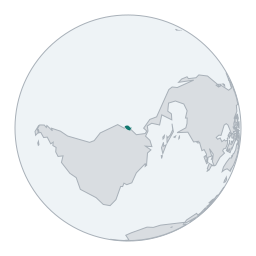 the Earth from above Manabi, rotated 96°
{"feature_id": "ECU-1282", "entity_name": "Manabi", "entity_type": "Province", "adm_level": 1, "iso_a3": "ECU", "parent_name": "Ecuador", "parent_adm1": "", "projection": "orthographic", "projection_center": [-80.093, -0.733], "detail": "fine", "context": "on_globe", "style": "filled", "palette": "teal", "viewbox_px": 256, "rotation_deg": 96, "n_neighbors": 0, "source": "natural_earth", "source_scale": "10m", "svg_char_len": 7327}
<svg xmlns="http://www.w3.org/2000/svg" viewBox="0 0 256 256"><g transform="rotate(96 128 128)"><circle cx="128" cy="128" r="113" fill="#eef3f6" stroke="#a8b0b8"/><path d="M131.7,110.3L129.0,109.1L126.5,112.4L117.2,107.2L113.9,100.7L85.5,91.4L82.6,88.4L82.6,83.2L73.5,67.6L77.3,82.5L73.7,79.8L70.9,74.6L72.6,73.1L70.9,65.6L67.8,63.1L68.0,54.3L75.3,43.4L76.2,44.8L77.8,42.3L76.8,40.6L75.7,40.1L79.9,31.9L77.5,29.3L73.2,31.1L77.0,29.0L66.3,34.5L62.7,36.3L69.0,32.8L71.4,31.4L70.0,31.7L72.2,30.4L72.7,29.9L75.4,28.4L78.9,26.9L80.7,26.0L79.6,26.3L81.6,25.4L82.9,24.9L86.5,23.3L93.0,21.2L94.2,22.6L100.0,21.5L107.1,23.5L108.7,22.6L112.4,23.3L115.6,22.6L116.0,23.6L118.2,22.3L117.2,21.6L117.8,20.9L119.6,20.6L120.4,21.6L119.7,21.9L120.8,22.0L120.5,22.7L121.7,22.2L122.5,23.6L124.3,21.7L127.2,22.6L127.0,23.7L123.6,24.1L114.6,28.9L113.4,30.8L115.1,32.7L125.6,34.7L125.6,36.9L128.2,39.3L129.8,37.7L128.3,35.3L131.8,33.2L129.6,30.9L130.7,29.9L129.8,27.6L133.7,27.5L137.9,28.7L138.9,30.8L140.8,31.5L142.9,29.4L147.6,33.5L155.8,36.9L156.6,38.3L152.7,40.5L145.1,40.5L140.0,44.9L147.1,41.8L149.0,45.7L150.9,46.4L153.0,46.2L153.7,44.7L155.2,46.1L148.8,49.4L147.4,48.1L149.4,47.0L145.8,47.2L141.5,50.0L142.8,52.1L134.9,55.3L135.7,56.9L134.5,58.7L133.7,55.8L135.0,61.3L125.9,68.0L127.5,78.7L121.8,70.5L117.3,69.8L111.9,70.2L112.1,71.9L104.7,71.0L98.3,75.0L96.2,83.7L99.0,90.3L107.1,90.2L109.4,86.3L115.3,85.3L111.4,95.8L121.7,96.9L120.8,104.9L123.9,109.0L129.0,107.8L134.3,109.7L138.0,104.9L144.0,102.3L144.2,108.8L147.4,102.9L150.8,106.0L162.6,105.7L161.7,107.2L171.7,115.0L182.1,118.5L184.5,123.3L183.3,126.3L186.8,127.2L186.9,129.2L200.5,132.5L207.1,137.7L206.6,144.6L200.6,152.4L194.0,169.0L182.8,174.3L179.2,181.0L169.2,190.6L162.5,189.7L163.6,194.6L159.3,197.4L154.8,197.5L153.3,200.9L149.9,200.9L151.8,203.2L145.5,207.4L146.3,210.9L141.5,214.3L142.2,216.3L140.7,216.2L138.9,217.0L138.5,218.1L134.2,216.2L133.8,211.6L136.0,209.3L134.0,208.9L138.7,202.9L136.2,204.1L138.2,194.9L142.3,187.2L146.3,164.7L144.1,160.3L135.8,155.1L125.7,138.6L128.6,131.8L126.3,128.6L133.8,119.0L131.7,110.3ZM24.8,91.1L25.6,88.7L25.6,90.0L24.8,91.1ZM25.7,87.3L25.5,88.1L25.6,87.5L25.7,87.3ZM25.6,86.9L25.7,87.2L25.6,86.9ZM25.3,86.8L25.5,86.8L25.3,86.8ZM127.0,82.5L138.9,87.6L132.3,88.4L133.5,87.4L130.5,85.2L124.9,83.3L119.1,84.7L127.0,82.5ZM25.3,85.8L25.3,85.5L25.5,85.2L25.3,85.8ZM132.0,76.3L130.0,75.9L131.9,75.9L132.0,76.3ZM74.8,40.1L76.5,40.7L76.7,42.9L75.1,42.6L74.8,40.1ZM74.8,36.5L76.2,36.2L74.3,38.5L74.1,37.9L74.8,36.5ZM69.6,32.8L70.6,32.7L68.9,33.3L69.6,32.8ZM72.3,30.1L71.4,30.7L72.1,30.2L72.3,30.1ZM127.8,27.9L128.8,27.7L128.4,28.2L127.8,27.9ZM126.4,27.1L125.3,27.7L124.5,27.5L125.2,27.1L126.4,27.1ZM128.0,26.4L123.2,26.9L121.8,26.5L123.3,24.7L128.0,26.4ZM116.1,21.6L117.2,22.3L114.6,22.1L116.1,21.6ZM114.3,21.7L105.4,22.7L104.6,21.8L107.8,21.5L105.4,20.8L109.4,19.8L111.6,19.9L111.3,20.7L113.0,19.8L114.3,21.7ZM117.9,20.7L116.1,20.8L115.3,20.0L118.6,19.5L117.8,19.9L117.9,20.7ZM102.9,21.2L102.9,20.6L106.1,19.6L106.5,19.3L109.4,19.7L102.9,21.2ZM118.9,19.9L120.3,19.3L122.3,19.4L119.5,20.4L118.9,19.9ZM113.7,20.0L113.5,19.7L114.7,19.7L113.7,20.0ZM130.2,20.0L128.2,20.0L127.6,19.5L130.2,20.0ZM120.7,19.0L120.0,19.0L119.6,18.9L120.9,18.5L120.7,19.0ZM111.5,19.0L112.8,18.8L110.5,18.8L112.8,18.2L114.3,18.7L114.6,18.2L115.3,18.1L115.8,18.6L111.5,19.0ZM120.8,17.9L123.6,18.5L127.5,18.5L128.1,18.9L121.7,18.9L120.8,17.9ZM117.8,18.2L119.8,18.1L119.6,18.5L118.1,18.9L117.8,18.2ZM113.8,17.7L109.9,18.5L109.6,18.4L113.8,17.7ZM122.0,17.7L121.3,17.6L122.3,17.7L122.0,17.7ZM116.4,17.6L115.0,17.8L114.8,17.7L116.4,17.6ZM121.1,17.2L122.0,17.4L121.0,17.6L121.1,17.2ZM119.0,17.3L119.0,17.1L120.1,17.6L118.4,17.4L119.0,17.3ZM116.4,17.4L115.9,17.4L117.0,17.3L116.4,17.4ZM124.3,16.5L125.9,17.0L123.7,17.5L122.5,16.8L124.3,16.5ZM141.2,220.1L134.4,216.9L138.3,218.4L141.6,216.7L144.9,219.1L141.2,220.1ZM150.5,215.7L154.0,214.8L154.6,215.4L152.4,216.2L150.5,215.7ZM208.8,49.5L208.5,49.2L209.7,51.0L216.4,60.5L216.0,61.6L213.3,60.1L205.7,50.8L207.4,49.5L204.8,46.8L200.0,43.2L200.9,43.3L199.2,41.8L199.4,41.4L195.4,37.9L194.9,37.4L189.1,33.4L196.0,38.2L202.6,43.6L208.8,49.5ZM185.7,31.3L186.5,31.8L180.7,28.5L176.6,26.4L185.7,31.3ZM240.5,134.0L240.6,130.2L240.5,122.0L240.2,118.6L240.1,119.5L239.4,115.6L239.1,115.5L234.9,119.0L232.0,114.0L224.6,98.7L224.2,92.4L221.2,85.4L215.9,61.9L218.0,62.9L217.6,59.7L222.2,66.2L226.3,73.0L229.9,80.0L233.0,87.3L235.6,94.8L237.7,102.5L239.2,110.3L240.2,118.1L240.6,126.1L240.5,134.0ZM221.5,73.3L222.6,75.3L221.5,73.3ZM163.0,105.6L164.4,106.9L162.5,106.9L163.0,105.6ZM131.5,91.0L134.0,91.1L135.3,92.0L133.4,92.4L131.5,91.0ZM152.0,90.9L154.8,91.4L151.9,92.0L152.0,90.9ZM140.7,88.3L149.8,90.7L144.2,92.6L138.5,91.2L142.4,90.6L140.7,88.3ZM131.0,79.8L132.6,80.3L132.2,81.4L131.0,79.8ZM133.4,76.3L132.8,76.4L132.0,75.5L133.4,76.3ZM149.3,45.5L149.9,45.3L152.1,45.4L151.2,46.1L149.3,45.5ZM161.1,42.8L163.1,45.2L161.0,43.8L160.2,44.9L154.7,43.5L156.7,38.9L156.7,41.1L161.1,42.8ZM147.9,40.9L151.1,42.0L147.5,41.0L147.9,40.9ZM189.4,35.3L190.9,36.0L193.0,37.6L193.5,39.2L190.6,36.7L189.4,35.3ZM192.6,36.7L185.8,32.5L185.1,31.7L186.6,32.8L186.9,32.7L189.4,34.5L195.5,38.2L197.7,40.0L197.5,41.3L196.3,39.7L194.9,39.0L192.6,36.7ZM169.4,26.1L166.5,25.1L169.0,24.5L171.4,25.6L172.1,26.9L169.6,26.5L169.4,26.1ZM131.7,23.4L130.4,23.7L130.1,23.3L131.1,22.8L131.7,23.4ZM129.3,20.0L137.1,22.2L136.0,22.5L141.9,23.9L141.3,25.3L137.5,24.3L141.4,26.7L137.8,26.4L140.8,28.0L132.4,25.6L129.3,25.7L133.0,25.0L133.6,23.6L133.0,23.0L128.8,21.6L122.4,21.4L122.0,20.3L123.4,19.6L124.9,19.4L124.7,20.1L126.8,19.5L127.6,20.4L129.3,20.0ZM140.3,16.2L139.4,16.3L143.8,16.6L144.7,16.9L145.1,16.9L147.1,17.4L150.3,18.1L150.2,18.2L151.5,18.5L152.8,18.9L154.6,19.4L155.0,19.9L157.2,20.5L156.1,20.4L159.7,21.5L157.2,21.0L158.7,21.7L160.4,21.8L158.2,25.1L159.3,27.4L161.6,29.8L156.9,29.0L151.8,26.5L147.2,23.7L146.9,21.8L144.8,22.0L144.1,21.2L146.0,21.4L142.6,20.7L142.4,20.1L138.3,18.6L133.5,18.3L131.8,17.9L133.7,17.8L130.8,17.5L133.1,17.0L132.0,16.8L133.3,16.3L137.5,16.4L135.9,16.1L136.8,15.9L140.3,16.2ZM124.8,16.3L129.7,16.0L132.5,16.1L129.2,17.1L129.8,17.3L127.8,18.3L123.7,18.2L124.7,17.9L124.6,17.6L125.9,17.7L124.9,17.4L126.2,17.0L125.7,16.8L127.4,16.7L124.8,16.3ZM215.3,56.8L213.0,54.1L212.7,53.8L213.1,54.2L215.3,56.8ZM212.2,53.2L212.5,53.5L211.3,52.2L210.6,51.4L212.2,53.2Z" fill="#d9dde1" stroke="#a8b0b8" stroke-width="1"/><path d="M126.6,129.9L126.5,129.7L126.7,129.4L126.7,129.2L126.4,128.8L126.4,128.7L126.5,128.5L126.6,128.4L126.8,128.4L127.0,128.4L127.1,128.2L127.2,127.9L127.3,127.8L127.3,127.7L127.4,127.8L127.5,127.9L127.4,127.8L127.4,127.7L127.3,127.4L127.2,127.4L127.3,127.3L127.3,127.2L127.5,127.0L127.5,126.9L127.8,126.7L128.0,126.5L128.1,126.4L128.1,126.2L128.1,125.9L128.2,126.0L128.3,126.0L128.4,125.9L128.5,125.9L128.8,125.8L128.7,125.9L128.7,126.0L128.8,126.0L128.9,126.3L129.0,126.3L128.9,126.4L128.9,126.5L129.0,126.6L129.1,126.8L129.3,126.9L129.3,127.0L129.3,127.3L129.3,127.5L129.2,127.6L129.2,127.8L129.0,128.0L128.9,128.2L128.8,128.3L128.7,128.3L128.6,128.5L128.4,128.8L128.2,128.8L128.2,128.7L128.2,128.8L128.1,129.0L127.9,129.2L127.9,129.3L127.8,129.5L127.7,129.6L127.7,129.8L127.8,129.8L127.7,129.9L127.4,130.0L127.2,130.2L127.1,129.9L126.9,129.8L126.7,129.8L126.6,129.9Z" fill="#14b8a6" stroke="#0f766e" stroke-width="1.5"/></g></svg>